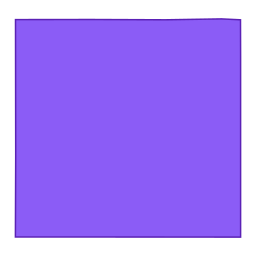 Neosho, Kansas, United States of America (Robinson projection)
{"feature_id": "52423323B71626623593789", "entity_name": "Neosho", "entity_type": "district", "adm_level": 2, "iso_a3": "USA", "parent_name": "United States of America", "parent_adm1": "Kansas", "projection": "robinson", "projection_center": [-95.334, 37.559], "detail": "fine", "context": "isolated", "style": "filled", "palette": "violet", "viewbox_px": 256, "rotation_deg": 0, "n_neighbors": 0, "source": "geoboundaries", "source_scale": "gbopen_adm2", "svg_char_len": 262}
<svg xmlns="http://www.w3.org/2000/svg" viewBox="0 0 256 256"><path d="M15.5,19.6L15.7,155.6L15.4,237.0L17.6,237.0L90.7,237.0L240.6,237.1L240.6,55.9L240.5,19.8L221.5,18.9L165.5,19.8L91.0,19.5L15.5,19.6Z" fill="#8b5cf6" stroke="#5b21b6" stroke-width="1.5"/></svg>